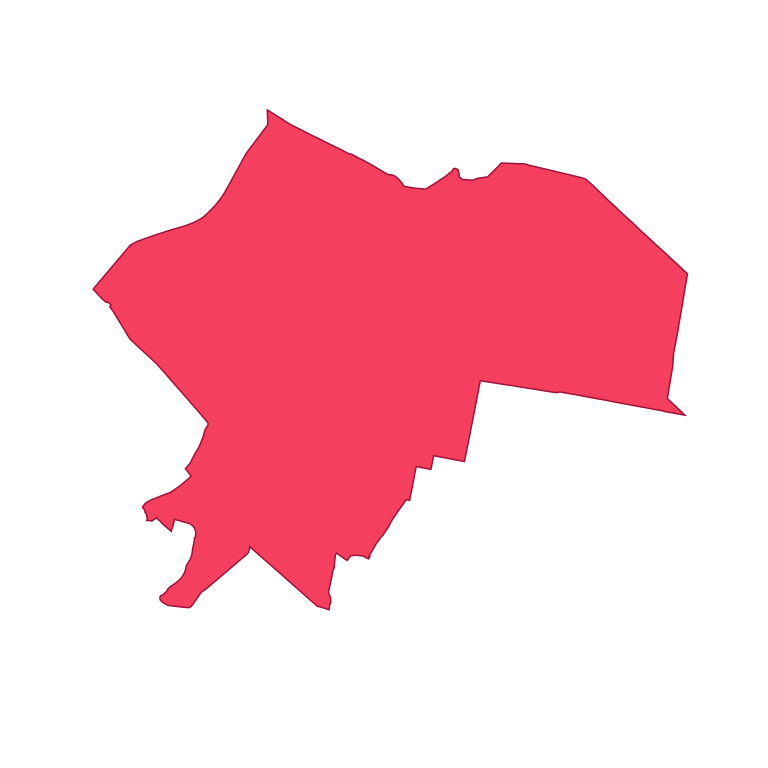 Garliciu, Constanta, Romania (Natural Earth projection), rotated 9°
{"feature_id": "2599482B92428922376661", "entity_name": "Garliciu", "entity_type": "district", "adm_level": 2, "iso_a3": "ROU", "parent_name": "Romania", "parent_adm1": "Constanta", "projection": "natural_earth1", "projection_center": [28.106, 44.755], "detail": "fine", "context": "isolated", "style": "filled", "palette": "rose", "viewbox_px": 768, "rotation_deg": 9, "n_neighbors": 0, "source": "geoboundaries", "source_scale": "gbopen_adm2", "svg_char_len": 5825}
<svg xmlns="http://www.w3.org/2000/svg" viewBox="0 0 768 768"><g transform="rotate(9 384 384)"><path d="M81.9,335.8L86.7,339.7L92.2,344.0L96.8,346.8L97.6,346.7L98.4,346.2L102.2,348.8L101.0,350.6L104.4,353.8L109.1,359.2L109.0,359.3L118.1,369.9L120.9,373.2L123.6,376.5L126.4,379.6L132.4,383.7L141.3,389.6L157.1,400.2L158.0,401.1L158.4,401.4L165.8,407.5L172.2,412.9L186.9,425.1L200.4,436.4L200.5,436.5L209.6,444.1L215.0,448.9L216.6,450.5L216.8,450.7L216.2,452.8L215.9,453.5L215.2,455.3L214.6,456.7L214.3,457.9L214.1,459.4L213.8,462.4L213.5,465.0L212.9,467.3L211.9,472.0L211.7,472.9L211.3,474.3L210.6,476.3L210.0,478.0L209.3,479.5L208.8,480.7L208.1,482.4L207.0,486.0L206.2,488.1L205.9,489.1L205.5,490.8L204.7,492.7L203.7,494.4L202.5,496.5L201.1,498.7L201.3,498.8L207.9,505.4L207.5,505.9L202.7,511.5L200.3,514.3L198.6,516.3L197.6,517.3L189.6,524.8L189.0,525.1L186.1,526.7L185.1,527.2L181.7,529.2L175.0,533.2L173.6,534.0L171.3,535.4L169.3,537.1L168.0,538.0L166.5,539.9L166.4,540.2L165.1,542.4L164.9,544.0L166.2,544.9L167.3,545.7L167.6,546.2L167.7,546.7L167.8,547.9L168.7,548.5L169.4,549.4L170.0,550.4L169.9,550.5L170.6,552.2L171.1,553.5L171.2,555.0L171.0,555.9L171.3,556.1L172.0,555.8L172.7,555.7L174.1,555.6L175.6,555.6L176.2,555.7L176.5,555.2L177.5,554.3L179.2,553.0L180.4,551.8L188.7,557.8L196.9,562.8L197.0,561.1L197.7,557.6L198.1,553.3L198.2,550.4L207.0,551.5L213.0,552.2L214.2,552.4L217.1,553.8L219.3,556.1L221.0,558.8L221.7,563.6L221.4,565.1L220.8,565.7L220.9,566.4L221.2,567.0L221.0,569.9L221.1,571.9L220.8,574.7L220.8,577.3L220.9,580.1L220.8,582.2L221.1,583.2L220.6,584.1L220.2,587.2L219.6,588.3L219.2,589.2L218.8,590.4L218.3,591.3L218.2,592.1L217.5,593.2L217.2,594.5L217.1,595.2L217.0,598.4L217.0,599.2L216.7,599.6L216.5,600.6L216.6,601.2L216.3,602.0L215.0,605.5L214.2,607.0L211.9,610.3L208.8,613.8L205.9,616.4L204.3,618.0L204.0,618.7L203.1,619.4L202.8,619.8L202.2,621.6L201.6,622.6L201.4,623.5L200.8,623.9L200.3,624.4L199.9,625.0L199.6,625.7L198.3,626.9L196.3,628.5L196.0,629.7L196.2,630.7L196.8,632.3L197.3,632.8L198.0,633.3L198.5,633.6L198.8,634.0L201.2,635.0L203.3,635.8L204.4,636.2L204.8,636.4L205.6,636.5L206.6,636.5L212.5,636.2L220.5,635.9L224.8,635.6L225.7,635.5L226.7,635.2L227.8,634.4L228.6,633.5L229.8,631.3L234.0,622.7L235.8,618.9L236.5,617.8L237.7,616.9L238.6,616.0L240.7,613.8L247.3,606.2L267.5,582.6L270.8,578.8L274.1,575.0L275.1,573.9L275.7,572.9L276.2,572.1L276.5,571.2L276.6,570.1L276.8,568.4L277.0,565.4L277.5,565.8L277.5,566.1L286.6,571.9L299.5,580.0L307.2,584.9L310.4,586.9L327.9,598.1L331.2,600.2L337.6,604.2L341.9,607.0L344.3,608.5L352.8,613.9L352.8,614.0L354.3,614.1L356.0,614.2L356.7,614.2L357.8,614.4L360.5,614.8L365.1,615.6L365.1,614.8L364.9,610.7L365.3,609.3L365.6,607.6L365.3,606.4L364.9,604.4L364.1,602.4L362.5,600.0L361.8,598.7L361.8,598.2L361.9,596.0L362.6,582.0L362.5,578.4L362.8,576.7L363.1,575.0L363.5,573.3L362.7,560.6L363.6,558.4L375.1,564.1L378.0,558.8L383.9,557.3L390.7,557.2L393.1,558.3L395.2,558.9L395.3,558.8L396.1,559.1L397.0,556.9L396.1,556.6L400.5,545.1L400.8,544.2L404.9,535.9L406.5,533.8L408.7,528.9L410.9,524.1L412.6,518.8L414.1,515.2L416.1,511.2L417.9,507.1L420.6,502.0L422.9,497.3L424.1,494.8L427.5,494.9L428.1,478.6L428.7,460.5L443.7,461.0L444.1,451.7L444.2,447.1L444.4,447.1L448.1,447.2L453.5,447.3L459.0,447.5L467.7,447.8L475.6,448.0L475.7,445.9L475.8,442.5L476.0,437.2L476.7,420.0L477.1,408.8L477.1,408.6L477.3,405.6L477.3,405.3L477.4,404.3L477.3,404.2L478.6,365.7L492.1,365.7L500.4,365.7L509.8,365.6L509.9,365.4L513.8,365.6L525.3,365.6L552.5,365.7L556.5,365.4L557.6,364.9L559.2,364.3L560.8,364.3L570.4,364.6L572.2,364.5L595.0,365.2L604.6,365.3L613.5,365.7L622.6,365.9L664.9,367.0L665.3,367.3L675.6,367.5L684.7,367.7L686.1,367.7L676.1,360.8L666.1,354.0L666.2,348.1L666.2,338.5L666.4,321.3L665.2,307.7L665.8,292.9L665.9,281.9L666.1,268.3L666.3,255.0L666.3,249.2L666.3,247.9L666.5,228.5L666.5,227.7L666.4,227.7L655.9,220.5L647.6,215.0L643.2,212.0L630.9,203.9L619.8,196.4L619.7,196.2L618.9,195.9L618.4,195.6L610.1,190.0L609.3,189.3L605.4,186.7L604.7,186.1L603.7,185.4L603.0,184.9L602.2,184.5L600.8,183.7L593.6,178.9L592.3,178.0L590.4,176.7L584.4,172.6L576.2,167.1L565.8,159.8L559.2,155.2L554.8,152.4L551.2,150.2L549.9,149.8L546.6,149.4L541.7,148.9L539.4,148.7L536.3,148.5L533.5,148.3L501.3,145.8L493.5,145.3L491.8,145.1L491.5,144.9L488.4,144.6L482.3,145.4L475.1,146.2L470.4,146.8L469.7,146.8L466.4,147.2L466.3,147.3L465.4,147.3L465.2,147.5L463.1,150.7L456.4,159.8L454.0,163.0L453.7,163.3L451.3,164.0L447.4,165.2L444.6,166.1L443.7,166.5L443.3,166.7L442.6,167.0L442.2,167.7L439.7,168.8L438.6,168.8L437.8,169.3L435.8,169.2L434.2,169.1L431.6,169.6L430.0,169.8L429.4,169.7L427.0,168.3L425.6,167.0L425.7,166.1L425.5,164.8L425.0,163.9L424.4,162.9L424.0,161.4L423.4,160.6L422.7,160.3L421.2,160.2L420.7,159.9L419.9,160.0L419.2,160.4L418.8,160.7L418.5,161.5L417.7,163.5L415.4,165.7L415.2,165.7L414.1,167.3L411.3,170.2L405.7,175.3L395.3,184.5L394.0,185.2L391.9,185.1L386.9,185.6L380.4,185.8L373.2,185.5L372.3,185.1L370.2,182.5L366.1,179.2L363.7,177.6L360.1,176.2L358.5,176.6L358.1,176.1L357.7,176.2L356.5,176.6L355.3,176.5L348.9,174.1L345.8,172.8L341.7,171.2L339.0,170.1L334.3,168.3L329.8,166.7L323.3,164.7L316.1,162.2L314.8,161.9L313.7,162.2L303.8,158.8L299.4,157.6L292.5,155.4L286.0,153.4L281.1,151.8L274.9,150.0L268.1,147.8L262.9,146.1L256.3,144.0L250.9,142.3L225.9,131.5L226.1,132.9L227.4,139.4L228.7,145.9L211.7,178.0L199.0,213.4L198.5,214.7L197.0,218.7L196.7,219.7L193.5,226.7L190.7,231.7L188.9,234.5L186.7,237.9L182.0,244.3L178.5,248.4L174.6,251.5L172.3,253.1L172.1,253.4L171.5,253.7L166.9,256.6L159.5,260.6L159.1,260.7L153.2,263.4L152.8,263.6L152.7,263.6L143.7,268.0L142.6,268.7L139.8,270.0L132.1,274.0L127.2,276.7L123.1,278.9L119.4,281.0L118.1,281.6L117.2,282.3L112.8,285.6L111.7,286.5L86.9,327.5L81.9,335.8Z" fill="#f43f5e" stroke="#9f1239" stroke-width="1.5"/></g></svg>